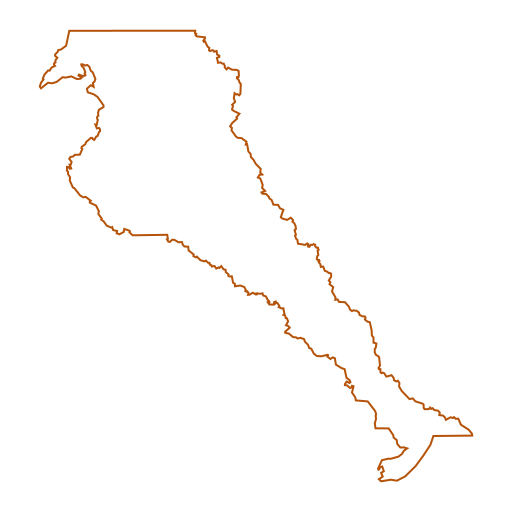 the district of Urucará, Amazonas, Brazil
{"feature_id": "56859067B25055212595195", "entity_name": "Urucará", "entity_type": "district", "adm_level": 2, "iso_a3": "BRA", "parent_name": "Brazil", "parent_adm1": "Amazonas", "projection": "orthographic", "projection_center": [-58.835, -1.25], "detail": "fine", "context": "isolated", "style": "outline", "palette": "amber", "viewbox_px": 512, "rotation_deg": 0, "n_neighbors": 0, "source": "geoboundaries", "source_scale": "gbopen_adm2", "svg_char_len": 5907}
<svg xmlns="http://www.w3.org/2000/svg" viewBox="0 0 512 512"><path d="M381.1,481.3L390.9,479.7L396.9,480.7L405.3,476.3L415.6,466.1L423.2,455.8L430.4,444.9L433.4,436.0L472.2,435.6L471.9,433.6L468.8,429.8L460.9,424.7L458.3,418.7L455.7,418.8L454.0,417.1L453.0,418.0L450.5,417.3L445.9,419.8L444.9,417.4L443.1,415.6L439.3,415.1L439.8,412.7L438.1,410.7L434.2,410.0L432.6,408.2L431.3,408.9L430.1,407.5L428.8,409.1L424.6,409.2L423.7,407.9L423.6,404.6L422.7,403.7L415.3,401.3L412.8,398.4L409.5,399.1L401.6,390.8L399.1,386.5L399.4,383.0L397.9,380.8L396.3,381.4L394.0,380.2L393.6,377.8L391.5,375.2L386.4,376.6L384.2,373.2L382.8,372.6L381.6,373.2L380.5,372.4L380.4,369.1L379.0,369.1L378.5,368.0L380.0,365.6L379.2,357.9L378.7,356.5L375.9,354.8L374.7,352.3L374.8,348.8L375.8,347.6L376.4,343.5L373.5,342.6L373.5,337.5L371.9,335.6L371.6,330.2L369.8,322.2L367.4,321.6L364.9,319.5L365.5,317.8L365.0,316.5L362.4,316.3L359.5,314.9L359.0,312.6L356.8,310.9L353.6,310.3L351.9,311.1L349.9,309.4L349.0,306.8L345.0,302.2L339.0,301.9L337.6,299.4L335.3,299.8L335.5,297.4L332.0,291.4L333.2,287.1L329.5,284.1L330.3,282.1L328.8,280.5L331.1,276.7L331.2,274.3L330.6,273.2L328.8,273.1L327.3,271.7L324.9,270.9L323.1,266.5L320.8,266.9L320.4,264.3L318.6,262.0L319.5,261.1L319.1,260.0L317.9,260.2L316.8,259.1L317.2,256.3L318.3,255.0L317.6,250.5L318.6,249.9L317.9,247.6L316.5,247.7L315.2,246.3L315.2,244.8L313.5,244.1L312.4,244.9L310.5,244.8L309.5,246.8L308.0,246.5L308.2,244.2L307.2,243.4L305.2,244.9L298.0,243.7L297.4,239.9L296.1,238.7L295.0,235.7L295.9,234.8L294.6,230.1L295.9,229.1L295.6,226.1L294.3,223.2L292.5,221.7L293.1,220.2L290.8,217.7L287.1,219.9L282.3,218.5L280.8,217.2L283.4,209.8L280.0,208.3L278.1,204.9L273.4,204.7L271.7,200.1L269.2,198.2L268.9,196.9L266.0,193.9L262.3,193.7L261.5,192.4L265.1,190.9L262.1,187.9L262.7,184.9L260.3,178.5L257.9,177.5L259.5,174.9L262.2,174.5L260.2,172.6L260.7,168.9L255.9,164.0L253.3,159.5L251.0,157.2L250.5,153.8L248.4,151.5L247.1,144.2L245.8,144.5L246.5,141.7L241.5,138.1L237.7,137.8L236.1,136.7L231.5,130.3L231.9,127.9L230.1,126.3L232.4,122.8L237.1,118.6L236.4,117.4L239.4,113.7L233.5,110.8L232.0,109.4L233.0,106.0L232.1,104.8L235.1,101.9L233.8,98.1L234.6,93.2L236.3,94.5L237.7,94.2L239.1,95.3L240.4,93.9L240.8,83.9L239.7,82.8L238.5,79.6L236.9,78.3L237.0,77.1L238.5,77.0L238.9,75.5L238.6,70.9L236.8,69.9L232.0,69.7L228.1,67.6L226.6,69.4L224.7,67.4L224.9,66.1L223.7,63.6L222.5,63.7L220.5,62.4L218.1,62.8L216.9,57.8L219.3,57.0L219.4,55.8L217.1,54.5L216.6,51.0L214.1,51.7L213.5,50.5L212.3,50.2L210.1,51.1L209.0,50.2L209.3,47.9L207.5,46.5L205.0,41.3L203.9,41.8L203.3,40.7L205.0,38.5L204.9,37.3L197.0,36.4L195.6,35.3L196.3,33.8L195.0,33.2L195.2,30.7L69.3,30.8L66.1,45.7L61.2,49.4L58.1,50.2L57.7,51.8L55.1,54.5L55.1,55.9L57.3,57.7L55.4,60.4L55.5,62.5L54.1,63.3L54.0,64.7L55.0,65.9L51.5,67.6L49.7,70.6L48.2,70.4L44.5,74.5L42.8,78.7L43.5,79.5L41.0,82.7L39.8,86.5L41.0,88.3L48.1,82.7L52.1,83.3L56.7,81.9L62.6,77.2L65.5,77.6L71.4,76.4L77.1,79.1L80.5,78.7L81.9,77.4L78.5,75.6L79.0,74.6L82.2,75.8L84.5,75.8L85.5,75.1L84.6,73.4L85.3,72.2L83.5,67.6L81.5,65.7L81.3,64.4L82.7,64.3L84.9,65.5L87.3,65.0L89.3,66.7L90.8,70.8L92.7,72.3L95.4,78.9L94.5,81.6L92.9,83.0L93.6,86.8L90.9,85.2L86.9,88.7L87.8,92.3L93.8,94.3L97.6,97.0L103.5,105.4L103.5,107.0L98.9,109.8L98.1,112.4L98.3,115.8L97.3,116.6L97.0,118.4L97.8,119.9L96.7,124.9L95.4,124.5L96.8,128.4L99.1,128.0L100.0,129.3L100.0,131.2L99.0,132.1L97.6,135.9L96.2,136.6L94.3,139.9L92.9,139.3L92.4,138.0L90.9,137.8L86.0,142.2L85.4,144.1L81.8,146.8L81.4,148.2L82.3,149.0L79.8,154.7L74.8,154.8L73.2,156.5L70.5,156.9L69.2,158.8L71.6,161.9L70.9,164.4L69.6,164.6L71.2,168.5L69.9,168.8L68.2,166.9L67.0,166.8L66.9,170.7L67.9,171.5L68.1,174.1L70.1,177.4L69.8,180.6L72.9,187.5L74.2,188.0L80.2,195.5L83.2,197.3L85.7,196.9L90.7,200.7L89.8,201.3L89.8,202.6L96.1,205.6L98.8,211.2L98.4,214.1L101.7,218.5L101.2,219.6L103.6,221.3L106.8,225.7L111.2,227.6L112.2,227.1L113.2,230.1L117.1,231.0L116.7,233.3L119.4,234.3L123.7,232.0L124.3,228.9L129.2,230.6L129.9,231.2L129.5,232.4L132.6,235.3L167.2,234.8L167.9,238.8L166.9,239.3L168.4,241.7L169.9,241.9L172.2,239.7L174.5,239.9L178.4,242.2L182.0,242.1L182.8,244.8L184.5,246.5L188.2,246.7L188.6,250.5L193.7,254.5L193.4,256.1L195.9,257.4L196.9,256.6L200.4,260.2L204.5,261.4L205.9,260.6L208.0,262.7L209.6,263.0L209.8,264.6L211.5,265.3L211.8,266.5L214.5,266.0L216.3,268.6L218.5,267.4L219.3,268.0L221.3,266.1L223.4,269.2L225.6,269.8L225.8,272.1L228.5,274.4L228.3,275.8L229.4,276.5L231.8,276.3L233.1,282.8L234.8,283.7L235.0,286.3L240.2,285.5L244.3,287.0L245.8,290.0L245.3,291.0L246.3,291.7L248.1,291.0L247.4,291.6L248.5,293.0L248.0,294.8L249.6,294.7L252.8,292.7L255.9,294.5L256.5,294.4L255.9,293.5L256.5,293.3L260.6,293.8L262.5,293.3L263.2,295.5L265.9,296.4L267.9,300.2L269.4,301.5L269.3,302.2L269.0,301.7L267.7,302.2L269.4,304.5L273.6,304.6L274.3,301.9L275.6,301.6L275.4,303.4L276.3,302.6L277.4,303.0L279.4,306.0L278.7,307.1L281.8,308.5L283.4,308.3L284.4,313.8L283.5,314.9L285.1,315.4L285.7,318.1L287.0,318.4L288.1,321.4L286.0,325.3L288.2,326.0L289.7,327.7L285.2,331.6L285.2,332.8L288.9,333.6L293.1,337.1L296.2,337.4L297.6,338.5L300.5,337.8L304.2,339.2L304.8,341.6L308.0,344.7L309.2,348.1L311.3,348.7L313.8,353.6L316.9,356.0L321.4,356.3L327.4,354.8L328.1,355.1L327.4,356.6L330.4,359.0L332.8,357.4L334.9,358.3L335.9,364.6L341.7,368.2L344.6,369.1L346.5,377.8L349.5,380.0L350.4,382.1L349.4,383.0L346.8,381.5L345.1,383.8L344.9,385.1L347.1,385.4L350.1,388.0L351.5,387.4L352.0,385.8L353.5,386.3L352.0,392.5L355.3,397.4L355.8,400.4L367.7,401.4L375.2,411.1L376.1,414.1L375.6,416.0L376.1,418.6L374.8,423.3L375.5,428.3L388.7,428.4L393.2,435.1L393.7,437.7L396.7,440.0L397.3,444.0L400.3,447.5L404.0,447.4L407.2,448.4L404.0,450.6L401.9,454.0L398.5,456.6L390.4,458.9L388.7,458.6L381.9,460.2L378.0,468.8L378.5,469.7L379.1,469.4L379.8,467.4L382.2,466.5L383.8,471.2L381.1,472.9L382.7,476.6L378.9,479.2L381.1,481.3Z" fill="none" stroke="#b45309" stroke-width="2"/></svg>